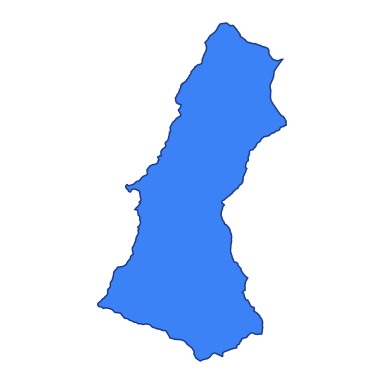 Lunca Bradului, Mures, Romania
{"feature_id": "2599482B15152164685574", "entity_name": "Lunca Bradului", "entity_type": "district", "adm_level": 2, "iso_a3": "ROU", "parent_name": "Romania", "parent_adm1": "Mures", "projection": "albers", "projection_center": [25.143, 46.979], "detail": "fine", "context": "isolated", "style": "filled", "palette": "blue", "viewbox_px": 384, "rotation_deg": 0, "n_neighbors": 0, "source": "geoboundaries", "source_scale": "gbopen_adm2", "svg_char_len": 6016}
<svg xmlns="http://www.w3.org/2000/svg" viewBox="0 0 384 384"><path d="M261.6,334.1L261.9,333.2L262.7,327.2L262.4,325.9L262.6,321.7L261.6,319.0L260.7,317.7L259.9,317.0L259.9,316.3L259.4,315.4L256.8,312.9L255.6,312.1L253.9,311.4L254.0,311.2L253.9,310.7L254.4,309.6L254.0,307.4L251.3,306.6L250.2,305.1L249.6,303.6L247.7,300.0L246.5,300.1L245.8,299.7L244.6,297.0L243.9,294.1L243.3,293.1L242.4,292.7L242.9,291.6L244.1,290.6L244.7,290.6L245.2,289.7L244.9,287.7L245.1,286.4L244.8,285.3L244.8,285.0L245.5,283.4L245.3,282.8L245.3,282.2L247.7,278.0L245.1,275.9L242.8,273.1L241.4,270.8L240.7,268.2L239.8,267.5L238.1,265.5L237.7,263.4L236.6,262.6L233.9,261.6L233.6,261.2L233.4,259.9L232.4,257.7L230.5,251.4L230.8,245.5L231.6,240.9L231.2,239.6L231.6,238.8L231.5,235.3L231.2,233.9L230.5,232.3L229.7,229.1L229.2,228.2L227.2,225.8L225.8,224.5L224.7,224.3L224.1,222.1L223.1,220.8L222.2,219.0L222.1,217.9L221.2,215.8L221.0,214.9L221.3,213.6L221.1,212.5L222.4,209.0L222.6,207.4L222.9,206.7L224.3,205.0L223.5,204.0L222.2,203.6L222.2,203.3L221.8,203.0L221.8,201.9L222.0,201.4L223.0,200.5L224.0,200.0L227.2,197.1L228.8,196.2L232.7,192.7L233.3,191.6L233.8,191.3L235.8,189.3L236.8,188.6L237.7,188.4L238.7,186.4L239.7,185.2L241.5,183.8L242.7,182.2L242.7,181.1L243.1,179.7L243.1,177.3L245.3,172.2L245.9,171.2L246.0,170.1L246.8,168.6L246.1,168.0L245.5,166.9L245.6,165.4L246.4,162.2L248.0,161.0L248.3,160.2L248.3,159.2L248.1,158.3L248.1,157.3L249.4,154.2L249.5,153.1L249.3,152.7L249.5,151.2L249.8,150.7L250.3,150.2L252.4,149.8L253.1,149.5L254.0,148.2L255.5,146.8L256.8,144.0L257.4,143.2L258.5,142.3L259.8,141.6L260.8,140.2L261.4,138.9L263.3,137.2L263.8,136.8L268.9,135.7L271.2,133.6L272.7,133.0L274.0,132.8L276.3,130.9L278.3,130.5L279.2,130.0L279.7,129.3L280.1,128.1L280.6,127.2L283.4,126.5L286.3,125.0L285.9,123.0L286.2,121.2L285.3,120.0L285.1,119.3L284.3,117.9L283.6,117.3L283.3,116.5L281.9,116.0L279.8,113.9L272.7,103.5L270.9,100.2L270.4,96.7L270.8,90.5L270.1,87.2L270.1,85.8L270.5,84.2L273.2,77.9L273.7,76.2L273.9,73.2L274.2,71.4L275.6,68.9L277.3,66.4L281.2,61.0L282.6,59.4L281.5,59.3L278.5,60.6L277.3,60.9L273.5,59.6L272.4,58.9L269.1,54.3L268.9,53.5L268.9,51.1L268.6,49.8L268.0,48.8L266.9,47.9L265.1,47.2L262.1,46.5L260.8,45.6L257.7,44.7L255.7,43.7L253.1,43.6L247.1,42.0L245.1,39.8L242.6,37.9L240.7,36.7L240.1,36.1L240.3,35.1L239.5,33.7L236.8,29.9L236.6,29.4L236.4,29.5L233.9,26.2L233.2,25.6L232.2,25.3L230.4,26.0L229.6,25.2L226.6,23.0L220.7,23.8L220.1,24.1L219.0,25.6L217.6,27.7L216.9,29.6L214.7,32.2L209.7,36.1L207.7,39.6L204.9,42.6L205.2,43.0L206.3,45.8L206.5,47.3L206.5,49.0L205.5,51.9L203.5,55.8L203.3,57.2L202.2,59.5L202.2,62.2L201.6,63.3L201.2,63.8L200.1,64.3L197.3,65.1L195.9,66.4L194.9,66.8L194.8,67.7L191.2,71.7L190.9,73.8L189.1,76.0L188.9,76.7L188.3,77.8L186.1,80.6L186.0,81.4L184.1,82.3L183.3,83.4L183.1,83.3L182.9,83.7L182.4,83.6L181.9,84.3L181.7,84.2L181.2,84.8L181.1,86.0L180.8,86.1L180.8,86.9L180.5,88.1L179.5,90.1L179.1,91.1L178.9,92.6L178.2,93.3L177.1,94.8L176.5,96.4L175.6,97.7L175.5,98.1L175.6,100.1L176.2,102.2L176.8,103.0L178.3,104.0L179.9,104.3L181.2,105.0L180.1,108.0L178.3,110.0L180.4,113.7L180.8,114.7L180.9,115.2L180.2,116.1L177.2,117.8L175.9,119.0L175.0,120.5L173.1,122.0L171.3,125.0L170.2,127.2L170.3,129.9L170.6,131.5L169.6,132.1L169.4,132.4L169.4,134.2L168.0,140.0L167.3,140.9L165.4,142.5L165.2,143.4L165.7,145.8L165.5,146.9L162.4,149.2L161.0,151.4L160.9,153.8L161.3,155.9L159.6,155.8L158.7,156.7L157.7,157.0L158.9,160.1L158.3,160.5L158.0,161.1L157.8,162.6L156.6,163.6L154.8,164.4L152.9,164.5L150.0,165.9L146.9,169.9L147.0,170.9L147.2,171.6L147.4,173.6L147.2,174.4L146.0,175.2L142.9,176.5L141.3,178.2L139.1,180.9L137.1,181.3L136.3,181.7L135.4,182.4L134.2,183.9L131.0,185.2L128.4,185.7L127.9,185.5L127.5,184.8L127.0,184.6L125.9,185.6L125.7,186.7L126.0,187.9L126.6,188.6L127.4,189.2L127.7,189.8L128.3,190.2L128.5,191.2L129.6,191.9L130.4,192.0L130.7,191.7L131.6,189.9L132.2,189.3L132.6,189.1L133.9,189.0L136.5,189.6L137.4,190.2L138.9,190.7L139.6,191.6L139.6,193.0L140.2,195.4L140.3,197.1L141.1,199.7L141.0,200.1L139.2,202.2L139.4,202.6L140.2,203.1L139.3,204.6L137.5,206.9L136.4,207.6L134.9,209.6L136.6,209.8L137.5,210.4L137.9,211.8L138.0,213.8L138.3,215.2L139.2,215.9L139.7,216.8L139.9,217.9L139.6,219.0L140.3,221.1L140.4,223.6L139.5,225.5L137.7,227.1L139.0,229.0L138.4,229.3L138.1,230.3L138.5,233.3L136.7,236.4L136.2,237.6L135.6,240.8L134.5,243.3L134.1,245.0L132.4,247.5L132.3,249.4L133.2,254.2L131.8,255.2L130.6,256.5L130.4,258.4L127.7,261.6L126.7,263.3L126.6,264.1L126.0,264.6L123.2,266.4L117.3,267.3L117.1,268.1L116.5,269.1L115.7,269.7L114.4,271.2L114.1,272.1L113.9,272.1L113.2,276.5L112.6,278.2L112.3,279.8L111.4,281.3L110.7,281.9L110.2,284.6L110.4,285.8L110.1,286.9L109.2,288.2L108.3,288.7L107.6,290.2L107.7,293.4L107.5,294.0L106.9,295.2L105.0,296.8L104.3,298.0L102.7,298.7L101.4,300.5L99.8,301.9L98.6,302.7L97.8,303.9L97.7,304.6L97.9,305.2L98.7,306.5L101.5,307.0L102.1,307.3L103.1,308.4L105.4,307.9L108.3,308.2L111.9,309.4L113.0,310.3L114.6,312.2L116.5,312.7L118.7,312.7L120.6,313.3L120.9,313.4L121.5,314.7L122.8,316.0L123.3,316.8L124.8,318.3L126.9,318.5L128.0,318.9L129.8,320.4L131.7,320.7L133.9,322.1L136.6,322.5L138.0,323.7L141.6,323.8L142.3,324.4L144.0,324.4L145.3,323.9L147.8,324.2L148.2,324.1L149.0,324.3L150.4,325.2L152.1,326.9L153.1,327.4L154.1,327.6L157.3,328.9L160.5,329.3L161.1,329.9L162.2,330.4L165.8,330.7L166.2,331.2L169.3,336.3L169.7,337.7L170.4,338.1L172.5,338.5L174.7,339.3L180.9,339.7L183.5,340.6L185.3,341.7L186.6,343.6L187.4,344.4L191.9,347.9L194.2,351.5L193.9,353.7L194.0,354.1L196.0,358.2L200.2,361.0L203.1,359.6L207.4,358.6L208.5,358.0L210.2,356.6L212.0,354.1L214.0,353.1L214.9,353.0L222.2,356.4L222.6,356.4L222.7,356.0L222.6,354.6L222.7,353.2L224.1,351.9L230.7,349.3L234.8,348.1L236.7,347.8L236.8,346.3L237.0,345.4L237.3,344.9L239.1,344.2L239.6,343.7L240.0,341.6L241.1,341.1L241.5,339.3L243.4,338.2L246.7,337.4L248.2,335.3L249.5,334.0L251.4,332.9L252.1,332.8L253.0,333.0L255.2,334.2L258.0,334.4L260.1,334.0L261.6,334.1Z" fill="#3b82f6" stroke="#1e3a8a" stroke-width="1.5"/></svg>